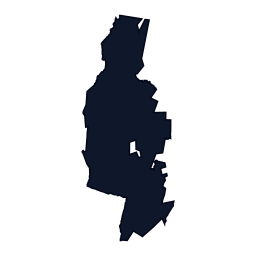 Bindura, Mashonaland Central, Zimbabwe
{"feature_id": "62879985B50430993830170", "entity_name": "Bindura", "entity_type": "district", "adm_level": 2, "iso_a3": "ZWE", "parent_name": "Zimbabwe", "parent_adm1": "Mashonaland Central", "projection": "natural_earth1", "projection_center": [31.316, -17.234], "detail": "fine", "context": "isolated", "style": "filled", "palette": "ink", "viewbox_px": 256, "rotation_deg": 0, "n_neighbors": 0, "source": "geoboundaries", "source_scale": "gbopen_adm2", "svg_char_len": 5609}
<svg xmlns="http://www.w3.org/2000/svg" viewBox="0 0 256 256"><path d="M149.1,20.0L145.1,19.5L138.9,31.7L137.1,24.7L141.8,18.9L124.2,16.1L124.3,16.1L119.8,15.4L119.6,15.8L119.9,16.2L120.0,17.5L119.7,17.5L119.6,18.3L118.8,19.1L117.4,19.5L117.1,19.7L116.4,19.2L116.4,18.8L115.9,17.8L115.5,18.8L115.5,19.3L115.3,20.4L115.3,20.8L115.2,20.8L115.1,21.8L115.0,22.4L113.8,23.1L113.3,24.1L113.3,24.5L113.6,25.1L113.9,25.0L114.0,25.3L114.1,26.6L113.3,27.6L113.2,28.0L112.8,28.1L111.5,29.1L110.9,29.1L110.4,30.1L110.4,30.4L110.9,31.9L110.9,32.2L110.4,32.7L110.2,33.9L109.8,34.3L108.9,35.0L108.7,35.7L108.4,36.1L107.9,36.3L106.8,37.2L105.8,38.6L104.4,39.9L104.0,40.5L102.4,42.1L101.8,43.0L101.5,43.6L101.5,44.0L101.5,44.5L102.0,44.9L102.2,45.4L101.9,46.0L102.1,46.6L102.1,47.9L102.3,48.5L102.3,48.9L102.6,49.3L102.3,50.0L102.3,51.8L102.4,53.2L102.3,54.3L102.5,54.5L102.8,55.0L102.7,55.6L102.6,56.5L102.7,56.8L102.7,57.6L102.6,58.2L102.2,58.7L102.2,59.2L102.7,59.5L103.3,60.1L104.7,59.4L104.9,59.9L105.1,60.1L105.4,61.0L105.8,61.5L105.7,62.4L105.8,63.3L105.9,64.0L106.3,64.7L105.9,64.7L105.7,64.9L105.7,65.8L105.4,66.7L105.4,67.1L105.7,67.7L105.7,67.9L105.1,68.4L105.1,69.1L104.9,69.5L104.4,69.8L103.8,70.2L103.5,70.8L103.3,71.5L103.1,71.8L102.7,72.0L101.6,71.9L99.3,75.1L98.7,75.7L97.7,76.0L97.5,76.5L97.6,77.0L97.2,77.2L97.2,78.5L97.0,79.1L97.0,79.8L96.5,80.3L96.3,80.6L96.4,82.2L95.7,82.5L95.6,83.0L94.8,83.5L94.7,84.0L94.8,84.7L87.1,91.5L86.2,104.7L83.3,111.5L83.3,112.2L83.0,113.1L83.3,113.4L83.8,113.6L83.8,114.2L84.2,114.4L84.1,114.8L84.8,115.1L85.7,127.2L87.9,126.5L87.5,131.4L87.3,132.0L87.1,137.3L85.9,151.7L85.8,151.8L85.6,151.8L85.0,151.6L84.5,151.6L83.9,151.4L83.4,151.2L83.2,150.6L82.8,150.8L82.7,151.1L82.2,151.7L82.4,152.3L83.0,153.2L84.0,155.8L87.0,164.0L89.6,168.0L89.8,173.8L90.0,174.9L89.6,175.5L89.5,176.3L89.4,177.2L89.4,177.5L89.8,178.2L89.5,179.2L88.9,180.1L89.0,181.2L88.8,181.6L88.3,181.8L88.3,182.2L88.0,182.7L87.8,183.6L87.4,184.1L87.3,184.6L87.3,186.0L90.6,187.3L91.3,187.9L95.7,189.1L96.5,189.5L99.1,190.5L101.4,191.4L102.9,191.7L108.3,193.9L110.8,193.1L111.0,193.3L111.9,193.8L112.3,193.5L112.8,194.1L113.3,194.4L114.2,194.7L114.9,194.8L116.2,194.5L117.6,195.5L117.9,195.7L118.5,195.4L118.8,195.2L119.4,195.2L121.7,196.3L123.3,197.3L124.1,197.2L124.7,197.3L125.8,197.4L126.2,197.7L126.6,197.4L126.8,197.6L126.6,198.9L126.3,199.4L126.2,202.0L125.9,202.4L125.6,202.6L125.6,202.8L125.3,203.2L125.4,203.5L125.6,203.7L125.6,203.9L125.2,204.6L125.1,205.4L124.9,205.9L125.2,206.7L124.8,207.0L124.7,207.4L124.7,207.8L124.5,208.2L124.6,209.1L124.1,209.8L123.9,210.3L123.9,210.9L123.3,211.9L123.4,212.5L123.2,212.9L123.2,213.3L122.8,214.3L122.8,214.8L122.6,215.2L122.4,216.0L122.2,216.2L122.3,216.8L122.0,218.0L122.0,218.3L121.8,218.7L121.9,219.4L121.8,219.5L121.5,220.2L121.8,221.1L121.2,221.2L121.1,221.8L121.4,222.1L121.4,222.4L121.1,223.1L121.1,223.5L120.8,223.9L120.2,225.1L119.9,225.5L119.7,225.9L119.7,226.6L120.4,228.8L120.6,230.1L120.5,231.2L120.9,232.1L121.6,233.5L121.7,234.6L121.4,235.2L121.3,235.3L120.9,236.0L121.1,236.3L121.3,236.4L121.4,236.8L120.5,238.4L120.4,240.6L120.7,240.6L122.8,240.0L127.1,240.5L133.3,230.9L142.5,236.5L142.6,236.3L153.1,227.1L162.1,218.3L164.6,223.9L164.7,222.8L164.9,222.5L165.6,221.8L165.8,221.1L166.0,220.8L166.0,220.5L165.7,220.3L165.6,219.9L165.5,219.5L165.3,219.2L165.7,218.0L165.6,217.3L166.0,217.0L166.9,216.0L167.3,215.2L167.7,214.9L167.9,214.4L167.9,213.8L168.4,213.4L168.5,212.9L168.9,212.6L168.9,212.3L169.5,211.4L170.1,210.7L170.1,210.3L170.7,209.8L170.9,209.2L171.3,208.8L172.0,207.3L172.8,206.6L173.2,205.9L173.4,205.2L173.4,204.9L173.0,204.5L173.0,203.6L173.6,202.6L173.7,201.7L173.8,201.2L171.8,201.7L167.1,202.6L162.0,203.7L162.7,199.7L164.5,194.5L165.5,188.5L162.7,186.4L163.8,182.6L165.3,180.4L164.4,177.3L167.1,175.8L166.6,173.6L162.0,175.0L160.5,168.5L165.6,166.9L164.7,162.3L164.6,162.8L163.1,162.8L162.2,162.2L160.7,162.1L159.3,161.6L158.6,161.6L158.2,161.8L158.0,161.5L157.5,161.4L157.3,161.1L157.3,160.8L156.8,160.4L155.7,160.5L155.7,161.2L155.4,161.3L154.8,161.3L154.8,161.5L154.3,161.6L154.3,162.0L154.8,162.4L155.0,162.0L155.3,162.3L155.3,162.9L155.1,163.3L155.1,163.9L155.5,164.3L155.6,164.7L155.4,165.1L154.1,166.4L154.0,168.1L154.2,168.7L154.2,169.1L153.9,169.1L153.6,169.0L153.7,169.6L152.8,168.9L152.1,168.8L151.9,169.1L151.8,169.5L151.3,169.5L151.4,168.7L150.4,168.5L155.9,153.7L162.6,152.8L164.6,141.6L164.9,138.6L165.0,138.6L164.9,138.7L165.8,139.1L167.9,139.1L168.2,139.0L168.7,138.6L169.5,137.7L170.4,137.3L170.2,138.4L170.6,138.5L170.4,134.4L170.4,133.4L170.6,131.6L170.7,120.0L165.6,119.8L165.8,112.4L153.5,112.6L157.6,101.4L150.6,98.0L156.4,89.4L155.9,88.7L155.8,88.2L155.4,88.0L155.1,88.0L154.8,88.2L154.7,87.3L154.2,87.3L154.0,86.1L153.8,86.0L153.2,86.1L153.0,85.8L153.0,85.4L152.9,85.3L152.3,85.4L151.8,84.6L150.8,84.0L150.6,84.2L150.3,83.8L150.0,83.7L150.2,83.2L149.8,82.9L149.9,81.9L149.7,81.7L149.3,81.5L149.0,81.7L148.7,82.1L148.2,82.1L148.0,81.9L147.6,81.9L147.3,81.6L147.1,81.3L147.0,80.7L146.9,80.5L146.5,80.6L146.2,81.2L145.9,81.1L145.6,80.6L145.1,80.3L144.7,80.4L144.5,80.6L144.3,81.0L144.3,81.5L144.2,81.6L143.7,81.2L143.1,81.1L142.7,81.4L142.5,81.1L142.5,80.7L142.2,80.9L142.1,81.3L141.8,81.1L141.4,80.6L141.1,80.6L140.9,80.8L140.7,80.8L140.5,81.0L140.3,81.0L139.9,80.6L139.3,80.6L138.9,79.9L138.4,79.5L137.7,79.3L137.5,78.6L137.0,78.4L136.2,77.1L135.8,76.7L135.7,76.2L135.4,75.8L135.8,73.8L137.2,73.7L143.6,65.7L141.5,58.7L149.1,20.0ZM129.4,154.7L129.5,142.2L135.9,140.0L136.1,149.3L140.1,150.8L141.3,156.8L138.6,157.6L136.3,152.2L129.4,154.7Z" fill="#0f172a" stroke="#020617" stroke-width="1.5"/></svg>